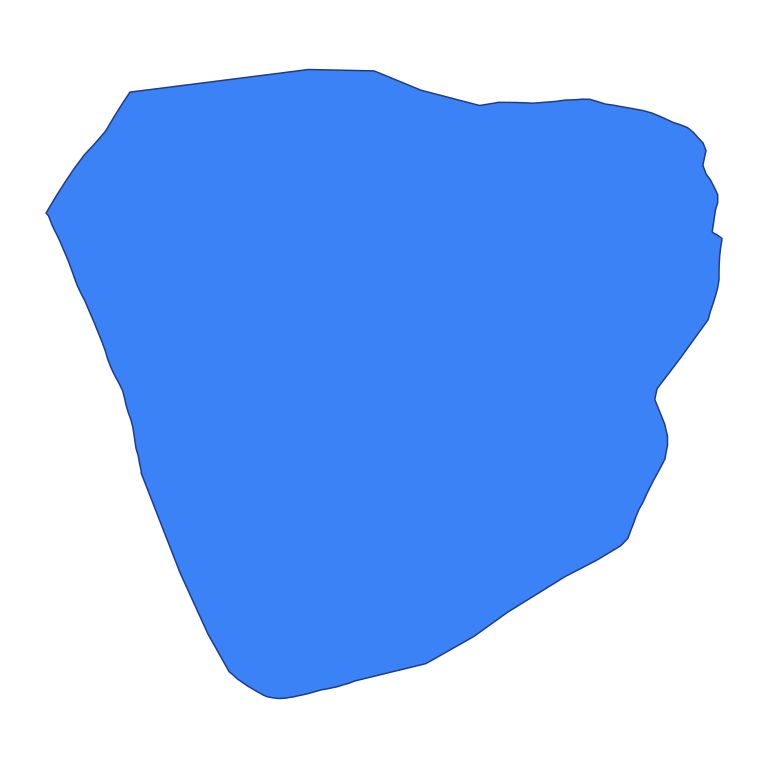 Markhah Al Olya, Shabwah, Yemen
{"feature_id": "15242507B22375918016424", "entity_name": "Markhah Al Olya", "entity_type": "district", "adm_level": 2, "iso_a3": "YEM", "parent_name": "Yemen", "parent_adm1": "Shabwah", "projection": "mercator", "projection_center": [45.924, 14.502], "detail": "fine", "context": "isolated", "style": "filled", "palette": "blue", "viewbox_px": 768, "rotation_deg": 0, "n_neighbors": 0, "source": "geoboundaries", "source_scale": "gbopen_adm2", "svg_char_len": 2187}
<svg xmlns="http://www.w3.org/2000/svg" viewBox="0 0 768 768"><path d="M258.3,692.3L260.2,693.3L263.5,695.2L264.0,695.4L266.9,696.6L271.0,697.5L274.9,698.1L278.6,698.5L282.1,698.4L285.7,698.1L290.3,697.3L293.5,696.9L296.7,696.1L300.9,695.2L304.7,694.4L308.1,693.6L311.3,692.7L314.5,691.8L318.0,690.8L321.4,689.8L324.6,689.3L327.8,688.7L331.2,688.0L335.1,687.2L338.5,686.4L341.6,685.3L345.0,684.3L348.7,683.3L352.3,681.9L355.8,680.7L425.9,663.6L473.9,636.4L507.8,612.1L564.9,576.7L596.9,560.1L620.9,545.6L627.9,538.3L630.5,531.1L633.4,523.8L635.9,516.7L639.0,509.3L642.8,502.6L646.6,494.2L650.1,487.1L653.7,480.0L657.5,473.1L661.1,466.5L664.9,459.0L666.0,453.0L667.5,445.1L667.5,436.2L664.6,423.9L654.8,399.5L657.0,388.8L680.8,357.5L708.2,319.6L710.1,312.2L713.2,303.2L715.6,295.4L717.6,288.1L719.0,280.0L719.0,272.2L719.2,264.5L719.7,256.1L719.7,255.9L720.6,247.9L721.9,240.0L721.9,238.4L716.9,234.7L713.7,233.2L712.2,231.8L715.5,209.9L717.7,202.6L717.7,194.7L714.2,187.2L710.4,179.9L706.0,173.8L702.9,165.2L704.4,157.9L706.0,150.6L703.1,143.1L698.0,137.6L693.1,132.1L687.3,127.5L680.2,124.7L673.3,122.5L666.2,119.2L659.1,116.0L657.6,115.4L652.0,113.1L643.8,110.7L636.1,109.3L628.9,108.0L621.6,106.7L619.4,106.3L613.6,105.2L605.6,104.1L597.9,101.7L589.7,99.3L581.9,99.2L574.4,99.8L565.0,100.1L556.5,101.3L547.4,102.1L532.7,103.2L525.1,102.8L515.7,102.5L498.1,102.3L498.0,102.5L479.6,105.5L420.9,90.2L374.1,70.9L308.5,69.5L130.0,92.1L122.6,103.2L114.2,116.6L105.5,131.2L95.4,143.0L84.5,154.7L74.7,167.8L65.6,181.3L56.5,195.5L48.6,208.7L46.1,213.1L48.6,216.0L51.3,223.1L54.2,229.6L57.2,235.4L60.3,242.0L63.2,249.0L66.3,256.1L69.2,263.4L70.8,267.7L72.7,272.9L74.9,279.3L77.6,286.3L81.1,293.6L84.8,300.7L88.0,308.1L91.3,315.9L94.1,322.3L97.0,329.6L99.6,336.0L102.3,342.6L105.4,351.2L107.6,358.9L110.5,366.4L113.3,372.6L115.9,377.7L116.4,378.5L119.7,384.7L122.6,390.6L124.4,397.5L126.1,405.2L128.3,412.7L130.8,419.3L132.8,427.1L133.9,433.9L134.9,441.0L136.1,448.7L138.2,455.7L139.6,463.7L141.3,471.4L141.2,473.1L177.8,567.0L180.1,572.9L190.6,595.9L208.0,634.1L229.3,671.9L232.0,674.0L237.2,678.8L242.7,682.6L248.1,686.3L258.3,692.3Z" fill="#3b82f6" stroke="#1e3a8a" stroke-width="1.5"/></svg>